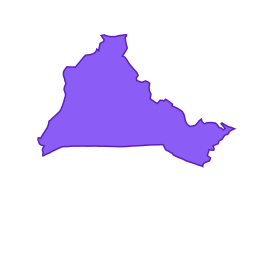 Chamchamal, As-Sulaymaniyah, Iraq (Albers equal-area conic projection), rotated 127°
{"feature_id": "34846034B49134433337490", "entity_name": "Chamchamal", "entity_type": "district", "adm_level": 2, "iso_a3": "IRQ", "parent_name": "Iraq", "parent_adm1": "As-Sulaymaniyah", "projection": "albers", "projection_center": [44.962, 35.42], "detail": "fine", "context": "isolated", "style": "filled", "palette": "violet", "viewbox_px": 256, "rotation_deg": 127, "n_neighbors": 0, "source": "geoboundaries", "source_scale": "gbopen_adm2", "svg_char_len": 3142}
<svg xmlns="http://www.w3.org/2000/svg" viewBox="0 0 256 256"><g transform="rotate(127 128 128)"><path d="M122.2,75.5L121.5,71.5L119.9,65.8L119.6,64.3L119.2,61.8L116.8,54.9L115.0,49.0L114.0,46.3L113.8,45.1L112.7,45.9L110.7,46.3L108.7,45.4L105.2,43.1L102.3,44.1L102.3,48.1L96.4,50.1L95.6,48.2L94.6,46.9L94.1,46.2L92.6,46.9L91.9,47.9L91.1,49.4L89.0,48.2L86.3,46.6L83.0,47.5L80.7,46.1L77.7,46.2L76.4,46.4L75.2,46.2L73.2,44.7L72.5,44.5L71.4,44.5L70.6,44.9L69.6,44.9L67.4,44.0L66.4,43.5L65.6,43.0L64.5,42.4L65.5,46.1L66.1,47.3L66.5,48.7L66.9,51.0L67.2,53.2L67.4,56.0L68.6,56.2L69.9,50.1L72.0,50.6L72.0,53.6L72.8,55.8L72.2,57.4L71.8,58.3L71.4,60.9L72.7,63.5L73.3,64.5L76.0,67.8L77.5,68.9L78.3,69.2L78.6,69.7L78.6,70.6L78.4,72.7L77.7,73.6L76.7,74.8L79.6,75.5L81.5,75.5L85.3,75.8L87.6,77.7L89.5,79.6L89.5,82.8L87.8,86.4L84.6,90.1L83.6,91.3L82.2,94.4L82.2,96.7L82.6,100.5L82.7,101.2L83.9,106.4L82.2,106.8L82.2,108.9L82.2,111.5L82.4,115.3L84.7,115.5L85.0,116.9L85.8,117.9L86.6,119.1L87.1,119.1L88.5,119.1L91.0,119.5L91.3,127.8L91.0,128.0L87.1,130.1L85.4,133.4L83.1,135.5L79.2,137.6L79.2,139.5L79.8,142.3L81.0,143.0L83.3,144.5L84.8,149.6L83.0,151.5L80.0,151.5L78.4,154.3L77.7,158.1L76.5,163.5L75.7,166.5L74.4,169.6L73.4,172.9L73.4,173.6L74.0,175.7L70.9,175.9L64.7,176.6L63.1,178.6L61.1,181.1L57.6,184.6L55.9,184.6L55.3,184.6L54.5,185.3L55.2,186.2L56.1,187.3L57.7,188.7L59.4,190.6L62.6,193.1L64.1,195.0L65.1,196.3L66.7,199.1L67.6,201.5L68.0,203.0L69.1,204.1L70.3,205.0L70.3,204.5L71.2,202.9L71.7,200.5L73.5,199.4L77.3,201.2L77.9,200.9L81.2,199.4L83.8,197.9L83.7,200.4L85.3,199.8L86.7,199.8L87.8,199.8L88.4,200.0L89.8,200.6L91.8,202.1L93.8,203.9L95.1,205.5L97.2,206.0L102.8,206.2L107.9,206.5L110.8,206.5L111.7,207.7L114.1,210.9L115.7,213.2L115.9,213.6L117.4,213.6L119.0,213.6L120.0,213.6L122.2,213.2L123.5,212.2L124.6,211.5L125.3,210.6L126.3,209.0L127.6,207.5L128.4,206.6L129.2,205.1L130.9,203.9L132.1,203.8L133.7,203.3L135.2,202.6L136.1,201.9L137.4,199.8L138.7,198.1L140.6,196.9L142.4,196.5L144.4,195.5L146.0,195.0L146.8,194.7L149.4,193.8L151.6,193.3L153.3,192.7L154.5,192.6L156.3,192.6L159.5,193.1L161.8,193.5L164.3,194.0L165.9,194.4L168.2,194.5L169.7,195.2L171.0,194.7L172.3,194.0L173.9,193.3L175.3,193.1L176.5,192.6L178.7,192.5L180.5,192.4L181.9,192.2L183.3,192.2L186.0,191.9L186.6,191.9L187.4,191.8L188.8,191.4L189.2,192.5L189.3,193.1L189.9,193.8L191.3,193.0L191.9,192.2L192.4,191.6L192.8,190.7L193.5,190.0L193.9,189.2L194.0,187.8L193.8,186.7L193.2,185.5L192.9,183.9L195.4,183.8L196.7,183.4L197.4,182.8L198.0,181.8L198.9,181.0L200.7,179.9L201.3,179.4L201.5,179.2L201.3,179.0L198.2,177.5L195.1,175.7L192.2,174.5L185.6,171.0L183.0,169.6L181.3,167.8L179.2,165.1L176.3,162.0L174.0,158.9L169.9,153.6L165.1,147.1L161.7,142.8L160.4,140.8L156.6,135.7L155.1,133.5L153.0,130.6L150.5,127.1L148.7,124.4L148.4,124.1L147.7,123.1L146.4,121.5L145.7,120.5L143.1,117.4L139.3,113.2L136.1,109.3L133.6,106.3L131.6,104.0L128.0,99.9L125.3,96.5L123.9,94.5L121.2,91.4L120.2,89.6L120.8,88.4L121.3,87.6L122.0,86.2L122.6,85.2L122.6,84.2L122.6,83.1L122.0,81.9L122.0,80.0L121.8,78.7L121.4,77.2L121.9,76.5L122.2,75.5Z" fill="#8b5cf6" stroke="#5b21b6" stroke-width="1.5"/></g></svg>